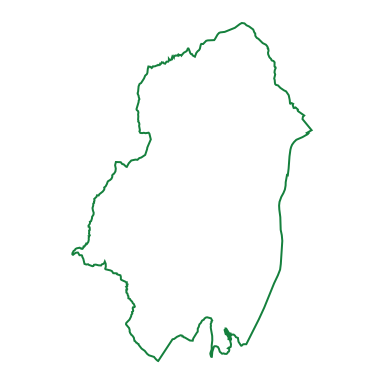 San Estanislao, Bolívar, Colombia (Equal Earth projection)
{"feature_id": "7082276B79132540776800", "entity_name": "San Estanislao", "entity_type": "district", "adm_level": 2, "iso_a3": "COL", "parent_name": "Colombia", "parent_adm1": "Bolívar", "projection": "equal_earth", "projection_center": [-75.215, 10.366], "detail": "fine", "context": "isolated", "style": "outline", "palette": "green", "viewbox_px": 384, "rotation_deg": 0, "n_neighbors": 0, "source": "geoboundaries", "source_scale": "gbopen_adm2", "svg_char_len": 5920}
<svg xmlns="http://www.w3.org/2000/svg" viewBox="0 0 384 384"><path d="M241.8,23.0L239.8,24.1L234.9,27.8L224.7,31.9L220.4,32.4L219.1,32.9L217.6,34.5L214.9,39.2L214.2,40.1L207.8,40.4L206.2,40.8L203.1,44.0L201.3,43.9L200.7,45.0L199.9,48.7L199.0,50.2L197.8,51.1L196.4,52.8L194.9,56.7L192.6,55.4L192.1,54.2L190.9,53.9L190.3,53.1L189.0,49.5L188.5,48.5L188.1,48.4L187.5,49.1L187.1,50.5L186.2,51.4L183.7,52.8L181.5,55.5L181.2,54.9L180.4,55.1L179.5,54.9L178.8,55.6L178.2,54.6L177.2,55.7L175.9,55.4L174.8,56.0L174.2,55.8L173.9,57.5L173.4,56.8L172.8,56.9L172.4,56.4L171.9,58.0L172.2,58.8L172.0,59.4L171.0,59.5L170.6,60.1L170.1,59.9L169.7,60.1L168.9,59.0L168.9,60.5L168.2,61.7L166.5,61.7L165.1,63.7L163.6,63.2L163.2,62.5L162.4,62.6L161.9,62.3L161.1,63.7L160.2,63.6L160.0,64.7L159.5,64.7L158.9,65.2L158.0,64.9L157.5,65.4L157.0,65.4L155.0,66.3L152.9,66.4L152.5,67.3L151.8,67.9L151.4,67.2L150.4,67.3L150.2,66.8L148.4,66.5L147.8,68.8L147.4,72.8L146.8,74.2L145.2,75.6L144.0,78.5L141.1,83.0L139.6,83.9L138.6,86.3L138.1,91.7L137.6,93.2L137.9,93.8L137.8,94.1L138.6,95.7L138.7,96.9L139.4,99.1L138.7,100.6L138.6,102.1L136.5,109.1L136.7,109.9L138.1,111.2L138.4,112.5L138.1,114.6L138.3,116.3L138.1,119.8L138.4,120.6L138.2,121.6L139.0,122.5L139.4,124.1L139.1,125.9L139.9,130.1L139.4,131.3L140.3,132.9L140.9,133.0L142.4,133.1L143.8,132.8L145.6,133.2L148.6,132.7L149.4,133.7L150.8,139.4L147.3,147.6L147.1,149.1L145.2,154.9L141.3,157.5L139.3,158.1L137.5,159.8L135.4,159.6L131.3,160.5L128.8,163.2L126.8,166.9L126.0,166.6L123.6,164.3L122.3,164.1L120.7,162.2L115.9,162.0L115.1,165.2L115.8,168.7L115.4,171.5L114.0,173.7L113.3,174.1L112.2,175.3L112.3,176.8L111.5,178.7L110.1,180.0L108.2,181.1L107.6,181.9L106.9,184.0L105.6,186.4L104.2,187.5L104.4,188.4L104.2,189.6L102.8,191.5L99.4,194.2L98.6,195.5L97.0,195.3L96.5,196.8L94.2,199.0L94.5,200.0L94.4,201.0L94.0,201.4L94.1,202.9L93.3,203.5L93.2,205.7L92.5,208.0L92.9,210.4L93.7,212.8L93.5,214.6L92.1,216.8L92.0,218.3L91.1,221.1L89.9,221.8L90.1,222.5L89.7,224.0L88.5,225.7L88.6,226.8L89.5,227.1L89.7,227.7L89.8,230.0L89.1,230.5L89.2,232.2L89.0,233.8L89.8,235.3L89.4,235.9L88.7,236.1L89.0,237.0L88.7,237.8L88.8,239.7L88.3,241.9L86.8,244.1L86.5,244.3L86.1,243.8L84.6,246.3L84.2,246.7L83.6,246.5L83.2,247.8L82.5,248.8L82.0,248.9L81.5,248.4L80.7,248.5L79.7,247.7L76.8,248.3L75.6,248.9L74.6,250.4L73.7,250.8L72.4,253.2L72.4,254.4L73.0,254.8L75.5,252.9L77.2,252.5L78.0,252.6L79.5,255.2L81.2,255.2L81.9,255.4L82.1,255.8L82.4,257.1L83.3,258.8L84.5,263.9L86.2,264.5L88.2,264.3L88.9,264.9L92.5,266.2L93.4,266.0L94.0,264.8L95.8,264.6L98.4,265.3L101.0,265.5L101.8,264.4L103.5,263.8L104.3,262.9L104.8,261.6L105.7,263.8L105.8,266.7L105.2,268.8L105.7,269.3L110.4,270.4L111.9,271.1L113.3,273.2L116.3,273.3L116.9,273.5L116.9,274.1L117.3,274.4L120.4,275.3L120.8,276.6L120.9,279.3L121.4,279.9L125.6,281.8L126.3,282.4L126.8,282.4L126.6,283.8L127.5,284.3L126.9,285.3L127.3,286.0L126.8,286.8L126.5,286.6L126.2,286.8L126.7,287.4L126.7,288.5L127.2,289.1L127.0,289.5L126.7,289.3L126.4,289.6L126.2,290.1L126.6,290.9L126.3,291.9L126.5,292.7L127.4,293.5L127.9,295.6L128.4,296.2L128.4,298.3L129.9,298.9L130.4,299.9L132.2,301.8L132.8,303.2L133.8,304.0L134.8,306.5L134.5,307.1L132.9,307.4L132.7,308.4L133.2,310.7L133.0,311.3L132.0,312.0L132.3,313.6L131.4,314.7L131.1,316.4L129.5,319.6L126.3,322.9L126.0,324.0L126.1,324.5L129.1,328.1L129.7,330.2L129.6,331.3L130.0,332.7L131.3,334.8L132.3,335.5L133.8,337.6L134.5,340.9L135.1,341.1L136.3,342.7L136.8,342.8L137.6,343.7L138.5,344.0L138.8,345.0L141.6,348.6L144.7,350.8L147.2,353.9L149.0,355.3L154.0,356.9L155.9,359.2L157.7,360.8L158.2,361.0L172.5,339.3L174.2,338.9L177.0,336.8L180.4,335.3L181.9,335.5L182.4,336.5L183.2,336.4L183.9,337.3L184.8,337.5L189.9,340.5L192.7,340.7L193.3,338.4L196.9,332.6L197.7,331.7L197.8,328.5L198.7,327.0L199.4,324.4L200.7,323.1L202.1,320.6L203.9,319.6L204.5,318.5L206.0,317.5L207.1,317.3L211.0,318.3L212.2,320.6L211.4,321.4L211.6,322.0L210.7,324.0L211.0,326.0L210.7,326.9L210.9,328.7L212.2,335.9L212.3,340.4L211.7,345.5L211.7,349.3L210.5,352.7L210.3,353.8L211.0,356.4L211.4,356.9L211.8,356.9L211.9,356.4L212.3,351.8L213.8,347.1L214.2,346.4L214.8,346.2L216.3,346.3L217.9,347.0L218.9,348.7L219.8,351.7L222.1,353.7L223.7,353.4L224.9,353.9L226.6,353.9L227.4,353.1L228.0,352.0L228.9,351.5L229.3,350.1L229.2,349.0L228.0,348.3L229.2,347.4L230.5,347.1L230.8,346.5L231.0,344.2L230.0,340.2L229.5,339.4L228.5,339.2L228.6,337.5L227.1,334.8L225.7,334.1L224.6,330.0L224.9,329.7L225.2,329.9L226.0,331.5L228.9,335.8L229.0,336.6L230.6,340.0L231.0,339.7L231.1,338.7L229.4,334.8L227.4,331.9L226.1,330.6L225.6,329.3L225.6,328.5L226.2,328.6L229.0,333.1L230.4,333.5L229.7,334.5L230.0,335.2L230.5,335.6L230.9,335.6L231.4,334.9L232.8,334.5L233.7,334.6L234.9,335.6L236.0,337.2L237.9,337.9L238.5,341.7L241.0,345.6L241.6,345.7L243.2,344.3L243.8,344.2L246.3,344.2L258.8,319.4L264.2,307.7L274.1,283.3L277.9,275.3L280.1,269.6L280.8,264.0L282.3,240.9L281.8,235.2L280.7,229.9L280.3,217.1L279.3,209.4L279.1,205.5L279.5,201.9L281.3,196.9L283.4,193.1L284.9,189.5L285.6,185.5L285.7,182.2L287.0,175.0L287.8,175.3L288.6,168.7L289.5,156.4L290.4,149.8L291.1,147.1L292.1,144.7L294.0,142.1L296.3,139.8L302.5,137.1L307.4,134.3L307.1,134.0L308.3,133.2L307.2,132.7L311.6,130.2L302.5,119.1L302.9,116.8L304.2,115.5L298.1,111.2L297.7,110.6L298.0,109.8L297.4,109.0L295.9,108.0L295.9,107.7L295.3,107.4L294.0,108.1L293.6,107.9L292.7,104.9L293.2,103.9L291.6,103.1L290.3,103.7L290.0,103.3L289.7,99.9L288.7,95.2L286.1,91.4L283.9,90.3L280.4,87.9L278.0,85.4L276.0,84.9L275.2,84.1L274.9,82.6L274.7,80.0L274.2,78.5L275.2,74.5L274.5,72.4L274.8,70.1L275.7,68.0L275.4,67.2L275.0,67.2L274.5,66.3L274.6,62.3L273.5,61.0L271.7,60.4L271.0,58.9L269.5,57.4L268.2,54.4L268.0,52.7L268.5,50.9L268.5,50.0L267.8,48.5L268.1,48.4L267.3,46.4L265.9,44.7L262.7,43.1L258.4,38.8L256.8,37.9L255.6,36.3L255.3,35.5L255.2,33.4L254.4,32.6L253.2,29.5L249.0,26.4L246.5,25.3L244.5,23.4L241.8,23.0Z" fill="none" stroke="#15803d" stroke-width="2"/></svg>